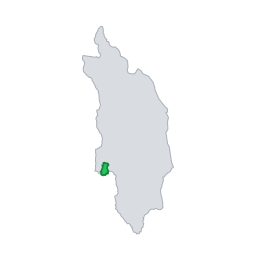 Ulaan uul, Hövsgöl, Mongolia shown in context, rotated 255°
{"feature_id": "93677404B26765322238100", "entity_name": "Ulaan uul", "entity_type": "district", "adm_level": 2, "iso_a3": "MNG", "parent_name": "Mongolia", "parent_adm1": "Hövsgöl", "projection": "robinson", "projection_center": [98.358, 50.878], "detail": "fine", "context": "in_parent", "style": "filled", "palette": "green", "viewbox_px": 256, "rotation_deg": 255, "n_neighbors": 0, "source": "geoboundaries", "source_scale": "gbopen_adm2", "svg_char_len": 5124}
<svg xmlns="http://www.w3.org/2000/svg" viewBox="0 0 256 256"><g transform="rotate(255 128 128)"><path d="M23.5,108.8L24.3,108.8L25.5,108.0L25.7,107.0L26.1,106.4L28.9,106.1L30.2,106.4L30.4,105.8L30.7,105.7L31.3,106.2L32.0,106.0L32.5,105.7L32.9,105.0L33.9,105.1L35.6,104.2L35.6,102.7L36.3,102.3L37.8,102.0L38.0,101.4L38.3,101.2L39.4,101.0L41.3,100.2L42.2,100.1L42.9,99.5L44.6,98.6L47.2,98.2L47.4,97.7L49.8,96.4L52.2,96.3L52.9,95.1L53.3,95.0L55.0,96.4L55.7,96.2L56.0,95.7L57.0,95.7L57.5,96.7L58.0,97.1L65.4,97.5L65.6,97.8L66.0,100.1L67.3,101.2L67.6,101.7L69.6,101.6L70.8,102.4L72.5,102.4L73.4,102.6L75.2,101.8L75.6,101.8L76.1,102.2L76.9,101.9L78.5,102.7L79.7,102.6L80.3,102.9L81.1,102.6L82.8,102.9L84.3,104.1L85.2,104.0L86.4,103.2L86.7,102.6L88.4,102.4L89.4,101.8L90.0,101.3L91.0,99.5L91.2,97.6L90.3,97.4L89.6,96.8L89.1,95.8L89.1,95.1L88.3,94.0L88.3,93.5L88.8,92.6L89.0,91.1L89.6,90.3L90.8,89.8L90.9,89.3L91.6,88.1L93.5,87.5L94.5,86.2L95.0,84.9L95.9,85.6L98.3,86.5L100.3,86.9L101.6,87.8L105.1,88.1L110.9,90.3L112.1,90.2L115.5,91.1L115.8,91.4L115.8,93.0L116.1,93.5L116.3,95.3L117.0,96.2L116.8,97.2L117.1,97.6L118.0,97.7L119.4,98.8L122.5,99.6L123.4,100.3L125.5,100.8L126.6,100.5L128.4,100.7L129.0,100.6L130.1,99.7L130.8,99.5L134.8,98.8L135.9,98.2L136.7,98.1L139.8,98.7L142.1,99.5L145.2,99.4L146.8,100.3L147.4,101.2L148.7,102.0L153.1,102.3L153.3,102.5L153.4,104.4L153.6,104.8L156.5,106.9L157.9,107.5L161.9,107.4L168.2,108.7L169.7,108.3L171.0,109.0L171.5,108.9L175.5,107.2L176.1,107.3L180.2,106.6L182.8,105.7L184.8,105.8L186.4,105.1L187.0,103.6L189.5,101.9L193.9,99.7L196.8,100.0L198.6,100.8L200.5,102.3L201.5,102.8L203.4,102.9L205.9,101.8L207.4,102.1L208.7,102.6L209.6,103.4L206.2,111.4L206.1,111.9L205.0,113.6L205.0,116.3L203.4,117.2L203.7,118.7L204.2,119.3L206.1,120.8L206.7,120.6L207.2,120.0L208.2,119.4L210.0,119.6L211.6,119.4L213.7,119.9L215.6,121.1L218.1,118.4L220.5,118.0L222.8,118.4L224.7,120.3L226.9,121.1L227.6,122.2L228.5,122.6L228.7,123.1L231.5,125.2L232.1,126.6L233.0,127.6L233.1,128.7L232.9,129.2L231.9,129.7L228.3,129.4L226.1,128.4L225.4,129.0L222.7,128.8L221.2,129.2L220.1,129.6L219.6,130.3L219.1,130.4L218.6,130.4L217.8,129.8L217.1,129.9L216.9,130.0L216.5,131.7L214.2,131.7L213.4,131.5L211.5,132.3L211.3,132.9L210.3,133.9L209.5,135.6L209.8,136.3L209.5,136.8L207.9,137.7L206.3,139.1L202.9,139.6L201.3,139.7L200.1,139.4L199.0,139.6L198.1,141.2L196.1,143.1L192.9,144.9L187.0,143.8L186.2,143.5L184.9,142.4L181.5,142.3L180.6,143.1L179.8,144.3L178.6,148.1L180.0,150.2L181.7,151.7L182.4,152.7L182.4,153.5L181.4,153.9L180.0,155.3L176.4,156.6L172.6,161.3L165.6,164.1L161.2,164.3L157.7,164.0L148.4,165.3L142.4,167.8L137.9,169.9L136.9,170.9L136.5,171.1L135.6,170.7L133.2,170.5L133.1,168.7L127.9,169.8L123.5,167.7L117.3,166.4L116.0,165.9L113.9,163.6L112.8,163.2L110.1,163.1L102.6,162.1L99.1,163.0L83.9,161.2L78.4,161.7L78.2,161.5L77.8,160.0L75.3,157.7L74.9,157.1L74.8,156.2L72.7,151.5L71.4,150.8L71.6,148.8L69.6,149.0L67.4,148.2L65.1,146.8L64.0,145.8L62.4,145.5L60.4,143.7L59.5,143.3L54.7,142.5L52.3,142.8L49.7,142.3L46.7,142.2L45.8,141.8L44.9,141.9L43.2,141.1L42.1,141.2L40.7,138.5L41.1,136.9L41.7,135.9L43.1,134.4L43.1,133.8L42.6,132.4L43.5,130.0L43.3,128.5L42.6,126.8L41.6,126.4L40.2,124.1L39.8,122.3L39.3,121.1L37.8,120.4L37.4,119.3L36.9,119.2L36.6,119.6L35.7,119.7L34.8,119.0L34.4,118.3L33.8,118.0L32.9,118.1L32.0,118.4L31.0,118.3L30.2,117.6L28.0,116.5L28.0,115.7L27.7,115.1L27.1,115.0L26.4,114.4L24.3,113.7L24.3,113.3L24.9,112.5L23.5,111.8L22.9,111.1L23.8,110.1L23.5,109.4L23.5,108.8Z" fill="#d9dde1" stroke="#a8b0b8" stroke-width="1"/><path d="M99.2,98.8L99.3,98.5L99.5,98.1L99.8,97.4L100.1,97.1L100.3,96.9L99.9,96.6L100.0,96.5L100.2,96.0L100.7,95.8L100.7,95.4L100.6,95.0L100.2,95.0L99.7,95.0L99.6,94.9L99.4,94.8L99.2,94.7L99.0,94.8L98.9,94.7L98.8,94.4L98.7,94.4L98.5,94.2L98.1,94.1L98.0,93.9L98.3,93.4L97.6,93.4L97.4,93.5L96.7,93.5L96.6,93.4L96.6,93.2L95.9,93.0L95.8,92.8L95.4,92.5L95.3,92.4L95.2,92.4L95.1,92.2L94.8,92.1L94.6,91.9L94.4,91.9L94.0,91.5L93.8,91.4L93.7,91.3L93.6,91.2L93.5,90.8L93.4,90.7L93.2,90.5L93.1,90.4L92.9,90.3L92.7,90.3L92.7,90.2L92.4,90.3L92.3,90.6L92.2,90.6L91.8,90.6L91.7,90.6L91.4,90.6L91.1,90.5L91.1,90.4L91.0,90.2L90.9,90.2L90.9,90.3L90.8,90.2L90.7,90.2L90.4,90.2L90.2,90.1L89.9,90.2L89.7,90.2L89.7,90.3L89.6,90.5L89.4,90.7L89.4,90.8L89.3,91.0L89.2,91.1L89.3,91.1L89.2,91.1L89.1,91.3L89.1,91.5L89.1,91.8L89.1,92.0L89.0,92.3L88.9,92.4L88.8,92.5L88.8,92.8L88.7,92.8L88.7,93.0L88.6,93.3L88.5,93.5L88.4,93.6L88.3,93.8L88.4,94.0L88.5,94.0L88.5,94.3L88.7,94.5L88.8,94.5L89.0,94.6L89.2,94.8L89.3,94.8L89.5,94.9L89.6,95.0L89.3,95.3L89.2,95.3L89.1,95.5L89.2,95.9L89.3,95.9L89.3,96.0L89.3,96.3L89.5,96.3L89.4,96.5L89.5,96.6L89.6,96.8L89.8,96.8L89.7,96.9L89.8,96.9L89.8,97.0L90.0,97.1L90.3,97.3L90.5,97.4L90.6,97.5L90.9,97.5L91.0,97.5L91.2,97.8L91.3,97.9L91.4,98.0L91.5,97.9L91.8,97.6L92.1,97.6L92.8,97.5L93.4,97.7L94.4,97.3L94.9,97.6L96.1,98.1L96.3,98.3L96.8,98.7L96.8,99.2L97.0,99.4L97.2,99.6L97.4,99.7L97.5,99.6L97.8,99.4L98.0,99.4L98.0,99.2L97.8,99.1L97.8,98.9L98.3,99.2L98.3,99.3L98.5,99.2L98.5,99.3L98.8,99.4L99.1,99.3L99.2,98.8Z" fill="#22c55e" stroke="#15803d" stroke-width="1.5"/></g></svg>